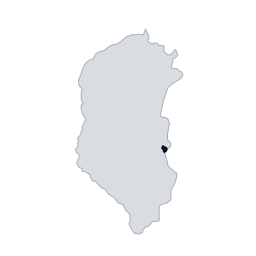 Salgótarján on a map of Hungary (orthographic projection), rotated 106°
{"feature_id": "HUN-4921", "entity_name": "Salgótarján", "entity_type": "Urban county", "adm_level": 1, "iso_a3": "HUN", "parent_name": "Hungary", "parent_adm1": "", "projection": "orthographic", "projection_center": [19.799, 48.1], "detail": "fine", "context": "in_parent", "style": "filled", "palette": "ink", "viewbox_px": 256, "rotation_deg": 106, "n_neighbors": 0, "source": "natural_earth", "source_scale": "10m", "svg_char_len": 2789}
<svg xmlns="http://www.w3.org/2000/svg" viewBox="0 0 256 256"><g transform="rotate(106 128 128)"><path d="M205.5,73.1L208.2,72.6L208.3,72.7L209.0,72.9L209.5,74.9L209.6,75.0L210.3,76.3L211.0,78.0L212.0,79.3L214.1,79.8L217.0,81.4L218.9,84.4L221.7,85.6L221.9,85.6L222.4,85.4L224.3,85.3L224.7,85.9L226.4,87.3L227.0,88.6L226.8,90.1L227.1,91.6L227.7,92.2L227.1,93.3L222.2,98.8L220.2,100.3L218.9,100.7L216.8,100.2L214.7,100.7L212.8,101.9L211.0,102.3L209.7,103.7L208.1,106.7L206.0,109.2L203.9,110.8L202.8,112.3L202.8,117.0L201.6,118.4L200.1,119.8L199.2,121.1L196.9,128.4L195.1,130.7L193.4,132.5L193.1,134.2L193.2,136.0L191.2,139.8L188.7,143.7L188.2,145.3L188.8,147.4L186.3,149.9L184.8,151.1L183.6,151.7L182.9,153.2L181.7,157.0L182.1,158.7L182.1,160.2L180.0,161.1L179.4,162.8L178.8,165.0L177.9,165.9L175.5,167.7L169.4,167.0L167.1,167.7L166.4,168.9L166.3,169.9L165.6,170.9L164.2,172.1L162.8,172.6L159.6,171.2L152.7,172.7L151.6,173.8L150.6,173.0L149.1,172.3L142.3,171.5L139.6,172.2L136.0,171.9L132.7,171.2L130.2,171.8L128.0,174.7L126.9,175.7L126.0,176.3L124.1,177.2L122.5,178.3L120.4,179.1L118.5,179.0L116.8,177.7L116.1,178.0L115.6,179.2L114.6,180.1L111.9,181.4L111.2,181.3L109.1,182.2L105.7,182.7L104.0,182.3L100.9,186.3L99.9,187.1L97.0,188.3L94.6,188.8L92.5,188.3L91.7,188.2L82.7,187.8L77.9,186.8L74.9,185.2L73.0,183.3L72.0,181.3L69.7,180.1L66.0,179.5L63.2,177.5L61.2,173.9L58.5,171.1L55.1,168.9L52.4,165.9L50.5,162.1L46.9,158.6L41.7,155.4L40.1,154.7L39.9,153.8L37.4,149.9L36.4,148.5L36.6,146.7L36.1,145.6L35.2,144.9L34.8,142.2L34.6,140.2L33.9,138.9L28.3,138.4L33.2,133.9L35.6,132.7L38.3,133.0L39.2,132.7L39.5,132.0L40.0,130.5L40.3,129.0L40.6,127.7L40.3,126.9L39.0,126.6L38.5,123.2L39.3,122.0L40.0,121.1L39.3,117.0L39.6,115.6L41.8,115.5L43.5,114.7L45.0,113.7L45.5,112.5L46.7,110.0L45.8,106.8L39.8,104.4L39.5,103.6L41.0,102.8L42.5,101.6L43.4,100.6L44.6,100.6L46.2,101.1L49.1,103.5L50.2,103.9L51.3,103.3L52.4,103.2L55.7,103.4L58.4,103.0L57.9,100.5L58.0,98.7L57.5,97.3L57.9,95.8L59.0,94.6L59.5,91.9L61.2,90.1L62.0,89.9L65.0,90.3L65.7,90.8L66.1,90.9L70.7,95.5L75.1,99.0L78.8,100.9L84.2,101.1L90.0,101.4L99.6,101.0L106.9,100.7L107.4,99.9L108.5,97.9L107.6,96.1L107.7,94.1L109.0,91.5L112.6,89.3L122.7,88.4L128.6,86.8L129.5,84.6L131.4,82.4L133.2,82.0L135.6,83.0L138.6,84.9L141.1,86.0L142.6,85.3L147.8,82.0L153.7,78.8L157.7,70.1L158.1,68.7L162.5,67.7L168.9,67.8L172.2,68.8L174.7,69.4L178.4,69.1L183.8,67.2L185.7,67.2L187.3,68.5L189.0,69.6L190.2,70.9L191.1,72.9L191.6,73.6L192.3,74.6L193.7,75.9L195.1,76.3L204.9,73.6L205.5,73.1Z" fill="#d9dde1" stroke="#a8b0b8" stroke-width="1"/><path d="M137.3,84.8L137.6,85.2L137.9,85.2L138.9,84.8L139.6,85.0L140.7,86.0L141.3,86.3L140.2,87.5L138.8,88.5L138.0,89.9L135.7,89.5L136.1,87.7L136.3,86.0L137.3,84.8Z" fill="#0f172a" stroke="#020617" stroke-width="1.5"/></g></svg>